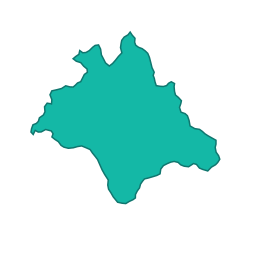 Astolfo Dutra, Minas Gerais, Brazil (Mercator projection), rotated 314°
{"feature_id": "56859067B65913887503429", "entity_name": "Astolfo Dutra", "entity_type": "district", "adm_level": 2, "iso_a3": "BRA", "parent_name": "Brazil", "parent_adm1": "Minas Gerais", "projection": "mercator", "projection_center": [-42.877, -21.322], "detail": "fine", "context": "isolated", "style": "filled", "palette": "teal", "viewbox_px": 256, "rotation_deg": 314, "n_neighbors": 0, "source": "geoboundaries", "source_scale": "gbopen_adm2", "svg_char_len": 1996}
<svg xmlns="http://www.w3.org/2000/svg" viewBox="0 0 256 256"><g transform="rotate(314 128 128)"><path d="M150.2,39.5L146.9,41.5L143.0,40.7L139.7,40.4L140.1,44.4L142.2,48.6L141.7,53.2L142.0,57.6L139.8,60.1L136.2,59.4L132.4,60.6L128.5,61.8L125.3,60.4L122.3,60.4L119.4,60.1L117.3,57.8L115.1,53.9L110.3,52.8L105.9,50.1L101.8,47.4L97.7,48.8L95.5,53.5L92.2,56.2L89.7,52.6L85.3,53.2L82.0,57.0L78.6,58.1L73.8,57.2L70.5,58.9L67.6,58.9L64.3,57.4L60.5,59.1L57.7,61.0L57.5,64.3L61.8,62.9L62.7,66.2L64.9,68.3L69.7,69.8L72.6,74.9L71.8,78.1L68.7,79.5L69.0,83.2L69.8,87.4L69.0,91.9L69.7,95.2L72.0,99.2L75.8,102.4L79.6,104.6L82.9,107.1L84.5,111.1L86.2,115.7L85.3,119.9L84.8,123.9L84.2,128.0L82.0,133.3L79.9,138.5L78.4,143.4L76.9,149.9L72.9,153.1L70.5,156.5L69.5,160.8L68.2,165.3L67.4,172.1L69.8,176.0L72.1,178.9L76.0,179.9L79.9,181.4L82.8,181.9L85.3,179.6L89.2,178.4L92.9,177.9L96.3,176.0L99.9,175.4L102.8,175.2L105.9,177.2L110.1,179.6L113.9,181.7L117.3,182.9L121.2,180.1L125.6,179.6L129.7,181.0L133.2,182.5L136.0,184.4L138.1,188.0L138.1,191.4L139.5,194.9L142.2,198.5L147.9,199.8L149.4,202.5L148.8,207.2L150.0,210.3L152.5,215.2L157.8,215.2L162.4,216.5L165.4,216.5L169.3,215.7L171.0,212.4L171.8,208.2L174.6,204.2L177.5,202.5L180.3,199.8L179.2,195.6L178.0,191.0L177.3,187.5L177.2,183.8L176.7,180.4L173.9,176.4L172.6,171.2L175.9,166.6L178.1,162.2L178.0,159.1L176.2,155.1L178.6,150.7L182.1,149.1L184.7,147.5L185.0,143.0L184.7,139.3L186.6,136.1L189.8,132.4L192.3,130.6L191.3,127.0L188.3,126.1L185.3,126.3L182.4,124.6L180.3,122.1L178.1,118.9L180.0,115.3L182.0,112.4L183.3,109.6L186.3,108.1L188.1,103.3L191.0,98.7L193.7,94.3L195.4,90.4L195.4,86.7L194.9,83.0L193.4,79.6L192.9,76.1L194.3,73.2L197.4,70.7L197.7,66.5L198.5,62.9L195.1,63.3L190.7,62.1L186.7,62.6L183.9,64.4L180.6,66.8L177.8,71.4L172.9,71.4L168.2,71.9L163.8,72.1L159.6,71.5L159.2,66.6L160.5,62.9L162.1,58.1L165.7,53.5L167.3,49.1L164.6,47.0L161.5,46.5L156.8,46.4L153.1,45.3L150.7,43.2L150.2,39.5Z" fill="#14b8a6" stroke="#0f766e" stroke-width="1.5"/></g></svg>